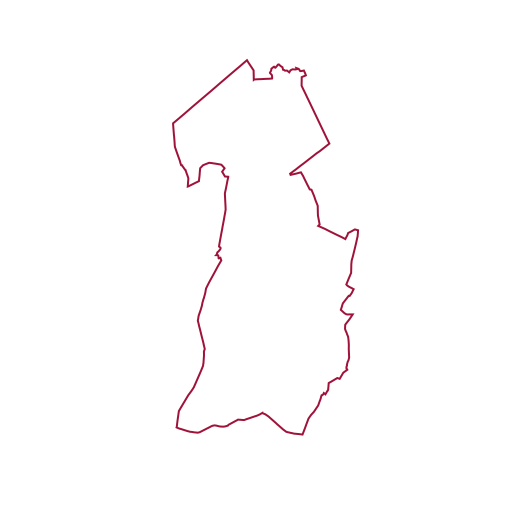 Briežuciema pag., Baltinavas, Latvia, rotated 114°
{"feature_id": "27541924B17753887700390", "entity_name": "Briežuciema pag.", "entity_type": "district", "adm_level": 2, "iso_a3": "LVA", "parent_name": "Latvia", "parent_adm1": "Baltinavas", "projection": "natural_earth1", "projection_center": [27.554, 56.968], "detail": "fine", "context": "isolated", "style": "outline", "palette": "rose", "viewbox_px": 512, "rotation_deg": 114, "n_neighbors": 0, "source": "geoboundaries", "source_scale": "gbopen_adm2", "svg_char_len": 5761}
<svg xmlns="http://www.w3.org/2000/svg" viewBox="0 0 512 512"><g transform="rotate(114 256 256)"><path d="M397.5,179.4L398.3,176.9L400.3,170.5L400.3,170.4L400.7,169.4L402.2,164.6L403.5,160.4L404.3,156.7L403.5,152.5L403.3,151.7L402.8,149.0L401.2,144.3L400.2,140.9L395.7,141.1L392.4,141.3L389.7,141.5L383.1,141.9L378.5,141.0L378.3,140.9L378.0,140.8L377.7,140.7L374.8,139.7L367.2,138.4L362.3,138.8L361.0,138.8L360.2,138.9L357.9,139.3L356.5,139.4L356.3,139.0L356.0,138.8L355.7,138.6L354.9,138.3L354.6,138.3L353.9,138.3L353.6,138.3L354.1,136.3L353.8,136.3L349.5,135.8L349.5,135.7L349.2,135.7L348.8,135.7L348.3,135.8L347.7,136.1L345.0,137.0L342.5,137.9L342.3,137.8L340.5,136.4L334.4,132.1L334.2,129.6L327.1,128.8L322.8,126.3L322.4,126.8L322.2,127.1L322.2,127.4L322.1,127.5L321.8,127.7L321.6,127.8L321.2,128.0L320.7,128.1L320.2,128.3L319.7,128.3L319.1,128.3L318.9,128.4L318.5,128.7L315.3,129.2L313.6,129.1L310.9,129.6L303.5,133.3L301.9,134.0L299.3,135.1L295.3,137.2L292.3,139.0L290.5,140.9L289.2,142.1L288.1,143.4L288.0,143.5L286.4,145.0L282.6,146.5L282.4,146.5L281.8,146.4L275.8,144.9L270.8,144.0L270.0,143.9L271.2,146.5L272.3,148.9L272.5,150.0L272.3,151.8L271.5,154.2L270.7,156.6L266.9,157.0L266.5,157.1L263.9,157.4L255.0,155.2L254.5,154.9L254.4,154.2L251.1,153.5L246.6,153.3L246.4,155.5L246.3,158.2L245.9,160.6L245.3,161.9L239.2,162.1L233.9,162.2L232.8,162.2L228.7,163.9L224.7,165.6L221.0,166.8L218.6,167.1L216.0,167.5L213.4,168.0L209.4,168.7L205.7,169.4L202.0,170.1L199.3,170.7L196.5,171.2L196.4,171.3L193.7,172.2L191.0,173.2L191.5,176.5L194.6,178.8L197.6,181.2L199.5,181.0L204.2,181.3L203.9,185.5L203.8,190.5L203.5,198.4L203.2,204.2L203.2,211.4L201.3,210.7L197.7,213.2L194.1,215.7L193.4,216.1L191.1,217.2L189.2,218.1L185.1,220.0L183.2,221.9L181.4,223.8L179.8,225.3L178.1,226.8L175.5,229.5L172.9,232.3L173.3,234.0L171.4,236.3L169.9,238.2L168.3,240.1L166.0,242.9L163.6,245.7L162.5,247.3L161.3,249.0L162.8,250.9L164.3,252.7L167.8,257.4L167.0,258.2L166.9,258.3L160.0,254.4L158.0,253.4L154.5,251.5L151.1,249.6L145.8,246.8L140.6,244.0L137.7,242.5L134.5,240.5L129.0,237.6L123.5,234.7L121.7,236.8L119.9,239.0L116.4,243.1L112.9,247.2L109.4,251.3L105.9,255.4L102.4,259.5L98.9,263.6L95.4,267.7L91.9,271.8L90.6,273.4L89.2,275.0L86.9,277.7L84.4,280.7L81.9,283.6L79.6,284.6L77.2,285.6L74.0,287.0L70.7,283.9L69.3,285.2L67.1,287.7L68.4,289.5L69.1,290.8L67.7,293.1L67.9,295.6L68.8,294.8L69.6,295.9L70.6,298.6L72.3,300.0L74.7,300.3L74.0,303.1L74.9,304.9L74.7,305.6L74.7,306.7L74.8,307.1L72.8,308.6L72.5,310.6L71.7,313.1L72.2,313.7L72.3,313.8L73.7,314.1L74.9,314.5L75.9,314.8L76.0,314.8L76.2,315.0L75.7,316.5L75.8,316.6L76.3,316.9L78.6,318.1L78.8,318.1L79.8,317.7L80.7,317.6L82.7,317.8L83.0,317.8L83.1,317.7L84.0,315.7L84.2,315.2L84.3,315.1L85.3,314.4L86.9,313.6L87.3,313.5L88.5,315.6L89.7,318.1L90.8,320.3L91.9,322.4L92.8,324.2L93.9,326.5L95.5,329.5L95.9,329.7L91.6,331.7L87.4,333.7L84.8,337.8L82.2,341.9L80.8,343.9L89.1,347.8L98.6,352.4L108.3,357.0L113.3,359.4L118.3,361.7L121.2,363.1L124.0,364.4L129.6,367.1L135.2,369.8L140.4,372.3L145.6,374.8L151.0,377.3L156.3,379.8L164.2,383.6L168.5,385.7L169.0,385.5L173.3,383.2L176.4,381.5L179.2,380.0L179.6,379.7L184.0,377.3L188.4,375.0L189.0,374.6L189.5,374.3L189.9,373.9L194.9,369.2L200.1,364.2L200.5,363.9L201.2,363.4L203.2,361.6L203.5,361.3L203.5,361.2L203.4,360.5L203.3,360.3L203.5,360.2L206.4,355.3L206.3,355.2L208.9,352.8L210.0,351.7L211.2,350.6L212.3,349.6L212.6,349.4L212.8,349.3L213.4,349.1L213.8,348.9L216.2,348.1L218.6,347.2L220.3,346.6L220.2,346.5L220.1,346.3L217.8,344.4L215.5,342.5L213.2,340.6L211.0,338.7L210.9,338.6L208.6,339.3L204.5,340.6L204.4,340.7L201.5,341.7L198.5,342.7L194.6,341.3L192.2,339.0L189.9,336.7L189.1,334.2L188.7,332.6L188.4,331.6L187.5,328.2L186.7,324.8L187.6,322.6L188.6,320.4L192.8,321.2L193.9,319.6L196.0,316.7L194.9,313.6L195.4,313.4L196.0,313.3L198.9,312.7L207.1,310.8L209.6,310.3L211.7,309.8L218.8,306.2L223.5,303.8L224.4,303.4L225.7,302.7L228.6,301.9L231.9,301.1L233.9,300.6L238.4,299.5L243.1,298.4L245.0,297.9L248.0,297.2L251.0,296.5L253.8,295.8L256.7,295.1L260.8,294.1L262.2,293.7L262.4,293.6L262.6,292.8L262.8,291.9L263.3,291.5L264.1,291.4L264.4,291.4L264.7,291.4L265.2,291.6L267.0,292.1L268.5,292.8L268.9,292.7L269.7,292.6L270.8,292.5L271.4,292.7L271.0,291.7L270.9,291.5L270.8,291.1L270.8,290.8L271.2,290.4L273.2,289.3L273.3,289.0L272.1,287.8L272.2,287.7L274.2,285.9L280.3,286.6L285.6,287.0L288.3,287.2L298.9,288.1L303.0,288.3L305.6,288.4L306.2,288.4L310.5,287.3L315.7,286.5L317.2,286.4L319.8,286.0L320.6,285.9L323.4,285.2L327.9,284.6L333.8,284.1L338.8,282.8L339.9,281.9L340.2,281.7L340.5,281.4L343.1,279.5L345.7,277.4L351.9,272.6L356.3,269.1L357.9,267.9L358.0,267.9L361.6,265.1L361.8,265.1L362.0,265.0L363.2,264.8L363.4,264.8L364.2,264.8L364.5,264.7L367.9,263.1L375.6,260.3L376.0,260.3L377.8,259.7L384.5,259.5L400.5,259.4L401.3,259.4L405.1,260.0L407.0,260.4L410.6,261.2L412.0,261.4L413.7,261.6L421.2,262.5L426.3,263.1L429.0,263.4L438.8,260.6L444.6,258.8L444.9,258.8L444.9,256.6L444.8,255.5L444.6,254.5L444.4,252.6L444.1,249.9L443.9,248.1L443.5,245.4L443.3,244.4L442.8,243.0L442.3,241.0L441.8,239.4L441.4,238.3L441.2,237.6L440.8,236.9L440.3,236.3L439.8,235.7L439.2,235.2L436.6,233.1L435.6,232.3L434.5,231.4L433.4,230.5L431.7,229.1L430.8,228.4L429.9,227.7L429.1,227.0L428.6,226.5L428.1,225.7L427.8,225.3L427.5,224.7L427.2,223.7L427.0,222.8L426.8,221.7L426.7,221.0L426.5,220.1L426.4,219.5L426.0,218.5L425.8,217.9L425.3,216.7L424.9,215.9L424.2,214.8L423.9,214.5L423.2,213.6L422.5,212.9L422.4,212.7L422.1,212.7L421.2,212.3L414.3,207.0L414.0,206.7L412.8,205.9L411.0,200.9L410.8,200.3L410.2,199.6L408.9,198.3L405.8,194.9L404.1,193.1L402.2,191.0L401.3,190.0L400.4,189.2L399.3,188.2L398.3,187.5L396.8,186.4L397.0,186.3L396.8,183.3L397.5,179.4Z" fill="none" stroke="#9f1239" stroke-width="2"/></g></svg>